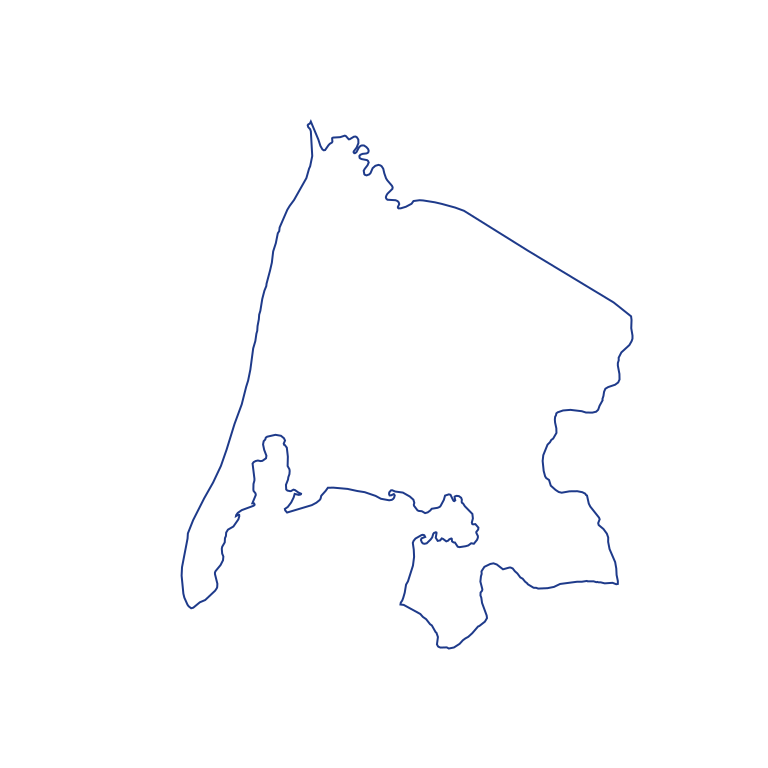 Puerto Barrios, Izabal, Guatemala (orthographic projection), rotated 252°
{"feature_id": "79465075B20471919033812", "entity_name": "Puerto Barrios", "entity_type": "district", "adm_level": 2, "iso_a3": "GTM", "parent_name": "Guatemala", "parent_adm1": "Izabal", "projection": "orthographic", "projection_center": [-88.506, 15.734], "detail": "fine", "context": "isolated", "style": "outline", "palette": "blue", "viewbox_px": 768, "rotation_deg": 252, "n_neighbors": 0, "source": "geoboundaries", "source_scale": "gbopen_adm2", "svg_char_len": 6166}
<svg xmlns="http://www.w3.org/2000/svg" viewBox="0 0 768 768"><g transform="rotate(252 384 384)"><path d="M121.6,544.6L124.3,545.5L130.5,546.2L136.8,547.9L143.2,548.8L157.3,547.5L164.6,548.4L168.7,549.8L172.8,549.7L178.3,547.9L183.5,544.6L185.5,544.7L188.7,547.3L190.5,547.2L203.7,542.3L207.0,541.8L215.2,542.6L216.1,541.8L217.5,541.5L219.8,539.2L222.3,534.7L224.6,527.3L225.7,519.4L227.3,516.8L230.3,514.4L235.8,511.2L241.7,511.3L244.4,509.2L246.4,508.7L252.0,509.0L261.8,511.1L267.1,513.5L275.8,520.8L277.3,523.8L279.1,525.8L279.8,528.0L284.2,532.9L288.6,534.2L294.5,534.8L297.4,535.5L299.9,536.6L301.1,537.9L302.8,538.8L303.4,540.4L303.5,546.1L301.8,553.3L297.0,563.7L294.5,567.2L292.4,573.3L292.1,577.2L293.3,579.7L296.7,582.3L301.0,586.9L302.2,587.1L304.8,589.0L308.6,590.9L311.1,593.1L311.8,596.2L311.9,603.6L313.1,607.2L315.5,609.4L320.8,611.0L329.3,612.1L331.7,612.9L334.1,614.6L336.5,615.3L340.7,619.5L345.2,629.4L348.2,632.7L350.3,634.3L353.3,635.3L360.7,636.4L368.4,639.2L372.0,639.9L390.6,627.6L466.4,562.0L524.0,513.6L529.8,506.2L537.5,494.5L541.1,488.5L546.5,477.9L547.8,474.6L548.9,468.6L546.9,465.9L545.8,459.6L545.9,454.3L546.5,452.2L547.3,451.7L548.1,451.9L550.4,454.1L552.3,454.1L553.8,453.4L555.2,451.8L558.2,444.2L559.7,443.4L561.1,443.5L562.6,444.6L563.9,446.1L567.0,452.3L568.4,453.0L570.1,452.8L576.6,450.1L579.0,449.5L584.2,449.4L589.0,449.8L591.9,449.0L593.0,448.1L594.1,446.5L594.2,443.2L592.8,439.9L588.8,436.4L587.9,434.8L587.8,431.9L588.8,430.5L589.6,430.1L593.1,430.6L594.6,432.2L597.1,435.9L599.4,437.9L601.2,437.7L602.2,437.0L604.9,432.1L605.9,431.1L606.6,430.7L608.4,431.0L609.3,432.3L609.5,434.7L608.7,438.5L608.8,439.9L609.6,441.0L610.7,441.5L612.3,441.5L614.7,440.5L617.0,438.7L617.7,436.8L617.7,435.3L616.8,433.4L613.0,429.4L612.5,427.8L612.7,427.1L613.7,426.7L614.5,427.0L617.4,431.1L621.0,434.1L624.4,435.1L626.9,434.5L628.1,433.5L628.5,431.8L627.4,427.0L627.6,426.1L631.5,424.4L632.3,423.5L632.3,418.6L634.1,411.7L633.8,410.6L630.4,409.8L629.7,409.0L629.2,406.7L628.2,404.9L624.7,400.3L624.9,398.9L626.2,397.9L630.1,397.1L636.8,397.1L656.2,395.5L654.6,394.0L654.3,392.2L653.7,391.4L651.8,391.3L649.1,392.5L646.9,392.5L623.0,386.2L613.8,381.0L612.0,379.3L603.8,373.8L586.8,355.3L582.6,349.4L579.6,345.9L565.1,333.1L561.8,331.6L560.2,329.6L551.3,324.6L544.4,319.6L534.0,314.8L527.0,310.6L515.7,303.3L513.5,302.3L509.7,299.1L502.5,294.5L491.8,289.0L488.5,286.7L484.3,285.0L478.1,281.6L473.8,279.9L471.3,278.2L464.6,274.9L458.3,270.6L438.9,261.3L429.2,255.8L424.0,252.1L408.6,242.4L392.2,229.5L370.2,214.0L356.5,203.6L343.1,191.0L330.9,177.7L313.5,160.4L302.5,151.3L297.7,149.4L272.2,135.3L264.3,132.3L246.6,128.4L242.5,128.1L234.9,128.9L233.0,129.5L230.3,131.3L230.2,133.5L233.3,141.4L233.8,147.2L239.6,159.5L241.4,161.8L242.4,162.6L245.5,163.8L255.5,164.5L257.0,165.0L258.1,166.0L262.3,172.6L266.1,176.4L269.5,177.9L272.8,177.7L277.4,178.8L279.2,179.8L282.6,183.6L286.5,185.1L288.3,186.7L291.5,188.0L293.7,190.6L295.0,196.7L300.3,203.7L302.9,205.5L304.3,205.8L304.6,204.8L304.1,202.4L305.0,202.9L306.6,205.1L308.0,209.7L308.5,222.4L309.1,223.6L310.5,223.6L311.2,221.9L318.1,227.8L319.7,228.0L322.7,226.9L324.2,227.2L329.3,229.0L332.2,230.9L333.9,231.5L348.9,234.4L350.0,235.9L350.4,238.1L350.2,240.4L348.8,242.8L348.5,244.6L349.8,248.8L352.1,250.0L358.5,249.7L363.9,250.3L366.8,251.9L367.9,253.9L369.5,255.0L370.0,256.6L369.2,265.1L366.6,270.0L363.3,272.1L360.8,272.4L358.3,270.2L357.1,270.2L356.9,270.7L353.5,271.9L344.6,270.1L335.8,267.0L332.1,267.7L330.4,267.4L327.5,266.2L324.9,264.2L322.8,263.2L318.4,259.6L313.9,258.4L312.5,259.2L311.1,261.6L310.9,262.4L311.5,265.2L310.7,266.5L307.2,269.1L305.3,271.2L304.8,270.9L304.7,270.1L304.9,268.6L307.1,265.1L304.0,263.0L300.0,259.1L296.8,254.5L295.8,251.1L294.3,251.0L291.7,252.1L291.1,277.9L292.0,283.0L293.5,286.9L294.5,288.2L297.1,289.8L300.4,295.5L302.7,298.6L300.9,304.2L295.5,316.9L290.5,325.5L287.1,332.2L280.2,341.4L275.8,345.6L271.8,353.0L271.4,355.6L271.9,357.3L272.8,358.5L274.8,359.8L276.3,359.3L275.9,356.4L276.3,354.9L277.8,354.8L279.3,355.5L280.7,357.8L280.4,359.0L278.3,361.4L274.9,368.4L269.0,373.8L264.9,376.2L261.6,376.1L260.1,375.1L259.0,374.9L253.5,376.8L252.5,377.9L251.3,380.7L248.5,383.2L248.4,385.9L249.4,388.9L250.6,390.8L249.7,396.7L249.9,399.0L250.6,400.2L255.3,405.1L259.0,407.6L259.0,411.6L258.1,413.0L252.4,413.8L251.3,414.1L250.9,414.6L251.3,415.8L254.4,416.1L255.0,416.3L255.2,417.0L255.2,418.5L254.2,420.6L252.0,422.2L250.0,422.3L247.8,421.4L246.8,421.5L245.9,422.3L242.8,423.1L233.1,427.9L228.7,427.0L225.1,424.7L223.5,424.7L223.0,425.3L222.5,427.6L218.2,429.4L216.5,428.6L214.8,426.1L214.0,425.8L210.3,426.3L208.9,425.8L207.1,424.4L204.3,420.1L205.6,417.7L204.4,414.3L204.5,411.5L205.5,405.4L206.5,403.8L211.3,402.5L211.8,401.3L212.8,400.4L213.4,400.1L215.9,400.6L216.3,400.2L216.1,398.1L215.2,396.6L215.1,394.6L218.4,392.3L219.3,391.2L217.9,389.1L218.2,386.6L221.8,385.7L226.0,387.9L226.5,388.0L227.0,387.5L226.9,385.5L226.2,384.5L223.2,382.4L221.7,380.3L219.3,375.4L219.5,373.2L220.2,371.9L221.6,371.1L224.2,370.9L225.6,372.0L225.8,375.9L227.7,375.6L228.6,374.3L228.7,372.9L227.3,366.2L225.7,363.7L224.0,362.3L217.2,361.1L210.3,359.2L202.3,355.4L188.9,345.8L186.4,343.0L179.1,339.2L174.8,336.3L172.4,334.4L170.9,332.4L169.2,331.5L167.8,334.5L154.0,347.5L150.5,349.0L147.3,351.4L141.3,353.6L139.6,354.9L132.1,356.4L131.2,357.0L126.7,357.1L120.0,353.9L117.7,354.3L117.0,354.9L115.9,356.2L114.1,362.3L112.4,363.9L111.8,369.1L113.5,375.6L115.9,379.8L116.9,382.8L117.5,386.0L119.7,390.9L124.3,398.5L124.4,399.9L126.8,406.5L129.5,409.6L132.1,410.1L145.5,409.6L150.7,410.5L153.1,410.4L155.8,411.4L157.1,413.4L158.3,414.1L166.3,414.6L171.2,416.8L173.2,418.2L175.6,418.8L176.2,419.4L179.1,423.0L180.0,429.5L179.6,432.7L177.5,435.5L171.0,439.9L170.7,446.5L170.3,447.7L168.8,449.4L165.5,450.6L162.6,452.3L157.9,453.9L156.0,455.7L152.4,457.1L150.0,458.7L149.2,458.8L144.0,463.3L143.1,465.8L141.8,467.4L139.3,476.4L138.5,482.9L139.4,489.7L136.3,506.4L134.8,511.1L134.0,516.1L133.4,516.7L131.6,522.3L129.9,524.7L129.8,525.8L129.2,526.5L128.4,528.8L126.2,532.3L124.3,539.9L121.8,543.0L121.6,544.6Z" fill="none" stroke="#1e3a8a" stroke-width="2"/></g></svg>